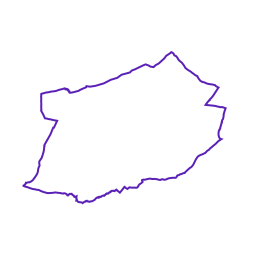 the district of Mbulu, Manyara, United Republic of Tanzania, rotated 16°
{"feature_id": "72390352B2366371930573", "entity_name": "Mbulu", "entity_type": "district", "adm_level": 2, "iso_a3": "TZA", "parent_name": "United Republic of Tanzania", "parent_adm1": "Manyara", "projection": "robinson", "projection_center": [35.288, -3.94], "detail": "fine", "context": "isolated", "style": "outline", "palette": "violet", "viewbox_px": 256, "rotation_deg": 16, "n_neighbors": 0, "source": "geoboundaries", "source_scale": "gbopen_adm2", "svg_char_len": 5749}
<svg xmlns="http://www.w3.org/2000/svg" viewBox="0 0 256 256"><g transform="rotate(16 128 128)"><path d="M35.2,119.2L35.8,121.2L35.9,122.2L36.3,123.0L36.8,124.5L36.9,125.3L37.2,126.4L38.2,129.2L38.2,129.7L39.3,133.3L39.7,134.2L39.6,134.6L39.8,134.9L39.8,135.4L39.9,135.5L42.8,138.4L45.5,141.6L47.5,141.3L48.6,141.3L49.6,141.3L51.2,141.0L51.8,141.0L52.5,141.1L53.7,140.9L55.3,140.9L56.4,140.7L57.9,140.6L56.7,148.1L56.0,148.3L55.2,155.5L52.4,167.1L52.4,168.2L52.8,168.5L52.7,169.3L53.0,170.7L53.4,174.0L53.4,178.0L53.2,180.7L52.8,182.0L52.1,184.0L52.0,184.7L52.5,186.6L53.3,188.3L53.3,189.1L53.0,190.5L53.0,191.7L53.1,193.0L53.4,194.6L53.3,197.2L52.3,200.5L52.1,201.4L51.5,202.3L51.3,203.5L50.5,204.9L50.2,205.3L49.6,206.1L49.2,206.4L48.3,207.3L47.1,207.7L45.5,208.7L45.0,208.8L45.1,209.2L45.1,209.6L44.4,210.8L44.3,211.1L44.2,211.2L43.8,211.8L43.5,212.1L43.4,212.4L43.5,212.5L45.4,212.6L46.5,212.7L47.7,212.6L50.2,212.8L52.8,212.9L54.8,212.7L55.9,212.5L56.3,212.6L57.3,212.5L58.7,212.2L59.7,212.2L61.6,212.6L64.1,212.8L68.3,212.8L69.5,212.5L73.7,211.0L76.1,209.9L77.9,209.7L80.7,209.2L82.7,209.1L84.0,208.8L84.2,208.5L84.7,208.3L85.1,208.2L87.1,208.4L87.4,208.8L88.4,209.4L88.7,209.4L88.9,209.4L90.0,207.5L90.3,207.3L91.1,207.2L91.6,206.9L92.0,206.8L92.4,207.3L92.7,207.3L93.1,207.6L93.7,207.9L94.3,207.8L94.7,208.0L95.1,208.5L95.2,208.9L95.6,209.0L96.2,208.8L96.8,208.3L97.3,207.9L97.3,208.4L97.5,208.8L97.6,209.7L97.8,209.8L97.9,210.2L98.2,210.3L98.6,211.0L98.3,211.4L98.3,212.0L98.6,211.9L99.4,212.1L99.9,212.4L100.6,212.8L101.9,212.7L103.2,212.4L104.4,212.4L104.8,212.5L105.1,212.7L105.6,212.1L105.7,211.8L106.8,210.7L107.2,210.6L107.3,210.2L107.8,210.0L107.8,209.8L107.9,209.6L108.5,209.3L108.9,209.7L109.1,209.7L109.3,209.5L109.8,209.5L110.2,209.7L110.7,209.6L110.9,209.5L111.3,209.5L111.4,209.3L111.6,209.2L111.9,209.2L112.8,208.6L113.3,208.5L113.9,208.1L115.3,206.7L115.9,206.0L116.1,205.7L116.3,204.8L116.7,204.3L117.5,203.3L117.9,203.3L118.2,202.8L118.5,202.7L118.7,202.9L118.9,202.5L119.2,202.2L119.5,202.3L119.5,202.1L120.1,202.1L120.3,201.7L120.5,201.7L120.9,201.7L121.7,200.6L121.9,200.3L122.6,200.0L122.9,199.7L123.2,199.7L123.7,199.8L123.8,199.6L123.8,199.3L124.0,199.2L124.3,198.7L124.5,198.7L124.7,198.1L125.0,197.7L125.1,197.4L125.4,197.3L125.6,196.9L125.8,197.0L126.2,196.9L126.4,196.6L126.7,196.6L126.9,196.4L127.2,196.3L127.2,195.9L127.6,195.4L128.2,195.0L128.2,194.6L128.4,194.4L128.6,194.5L128.8,194.1L128.8,193.8L128.9,193.7L129.1,193.9L129.3,193.6L129.4,193.1L129.8,192.8L130.1,192.8L130.3,192.7L130.5,192.7L130.9,192.6L131.3,192.3L132.1,192.5L132.5,192.2L132.9,191.5L133.4,191.5L133.8,190.5L138.0,192.4L139.2,189.7L140.7,185.8L140.9,185.5L141.1,185.6L142.7,186.4L144.3,186.7L145.5,184.9L146.1,184.5L147.2,184.5L148.6,184.2L150.0,183.7L151.8,183.3L153.1,182.9L153.9,181.3L154.0,180.2L154.5,179.1L156.3,176.9L156.9,175.8L156.8,175.5L156.0,174.8L155.8,174.3L156.2,173.9L157.0,173.4L158.7,173.0L159.7,172.3L162.9,170.6L165.2,170.4L166.0,170.2L167.2,169.7L168.3,169.5L169.4,169.4L170.0,169.2L171.4,169.3L173.3,169.1L174.3,168.2L175.3,167.7L176.3,167.8L177.1,167.8L178.9,166.9L180.1,165.8L181.1,165.1L184.5,163.6L186.1,163.1L187.4,162.8L187.9,162.3L188.2,161.7L188.4,160.4L188.6,160.0L188.9,159.7L189.8,159.4L190.4,158.7L190.6,158.3L191.3,157.9L191.8,157.7L192.7,157.0L193.2,156.5L193.9,156.0L194.6,155.8L195.2,155.1L195.3,154.4L196.1,153.2L196.6,152.3L197.3,151.2L198.6,149.2L199.3,148.5L199.9,147.6L200.6,146.0L200.9,145.0L202.0,139.1L202.5,137.6L203.1,136.0L204.7,134.3L206.7,132.8L207.6,132.0L209.0,130.8L209.7,129.8L209.9,129.1L210.2,128.6L210.4,128.1L211.7,126.8L212.7,124.7L213.7,123.4L214.7,121.8L216.7,119.0L217.8,116.9L218.5,115.7L219.3,114.7L220.8,113.0L219.6,113.0L218.8,112.4L218.0,111.6L217.2,110.2L216.9,109.6L216.3,107.5L216.3,106.9L216.2,106.3L216.1,106.0L216.1,105.4L216.5,104.8L216.5,104.4L216.3,104.1L216.5,103.7L216.8,103.1L216.5,102.1L216.7,100.5L216.6,100.2L216.5,99.9L216.5,99.6L216.5,99.3L216.6,99.1L216.7,97.7L216.6,97.2L216.4,96.8L216.4,96.4L216.7,96.2L216.4,95.1L216.4,94.8L216.4,94.4L216.8,93.4L216.8,92.5L216.8,91.6L216.4,89.1L216.2,88.8L216.2,84.7L216.4,82.1L212.8,81.9L211.3,82.5L205.1,82.8L196.2,84.4L196.7,82.9L196.9,82.5L196.9,82.4L197.8,80.2L198.9,78.6L198.6,78.2L200.1,75.6L200.9,73.6L203.8,64.2L203.6,64.2L202.4,63.8L201.6,63.7L200.7,63.4L200.4,63.1L199.7,62.8L198.1,62.9L197.9,62.9L197.4,62.9L193.9,63.4L192.1,63.5L190.6,63.4L188.9,63.1L188.2,63.1L187.6,63.2L187.0,63.1L186.9,63.2L186.0,63.1L184.4,62.6L182.2,61.0L180.9,59.7L180.5,59.2L180.4,59.2L179.9,58.9L178.6,58.8L177.1,58.3L175.5,57.6L174.7,57.4L173.0,56.6L169.8,55.7L167.1,54.7L166.3,54.2L164.6,52.5L163.4,51.6L162.9,51.2L162.6,51.0L162.0,50.5L160.9,50.0L159.0,49.2L157.9,48.5L157.3,48.1L156.4,47.1L155.0,46.0L154.5,45.7L152.6,45.4L152.2,45.1L151.8,44.5L151.0,43.8L150.2,43.5L148.8,43.1L148.5,43.4L148.5,43.5L147.9,44.5L144.9,48.0L144.5,48.8L144.0,50.5L143.7,50.9L143.6,51.3L139.7,57.6L137.2,60.0L135.8,62.4L132.6,62.8L130.5,62.2L127.4,62.0L125.1,63.8L118.4,69.8L115.8,71.7L114.5,74.1L107.1,78.6L103.8,82.8L98.3,86.3L92.4,91.8L85.0,96.5L80.2,98.7L76.5,99.3L76.5,100.4L73.9,102.5L73.7,102.7L73.1,103.1L72.9,103.4L71.4,104.5L71.0,105.2L70.8,105.3L70.3,105.8L69.7,106.2L65.8,108.6L64.2,109.4L62.6,110.1L62.0,110.1L61.9,110.0L61.7,109.7L61.6,109.0L61.4,108.9L61.1,109.0L61.0,108.6L60.9,108.5L60.5,108.5L60.4,108.1L60.1,107.8L59.6,108.1L59.2,107.5L59.1,107.4L59.0,107.5L58.9,108.0L58.7,107.9L58.1,107.5L57.9,107.4L57.6,107.6L57.3,108.1L57.1,108.1L56.6,107.4L56.3,107.3L55.9,107.6L55.1,108.0L54.7,108.4L54.1,108.8L52.9,109.3L51.5,110.2L50.8,110.6L49.5,111.6L48.1,112.5L43.2,114.6L42.7,115.1L42.2,115.3L41.4,115.6L40.4,116.2L39.7,116.3L39.4,116.5L36.6,118.3L35.7,118.7L35.2,119.2Z" fill="none" stroke="#5b21b6" stroke-width="2"/></g></svg>